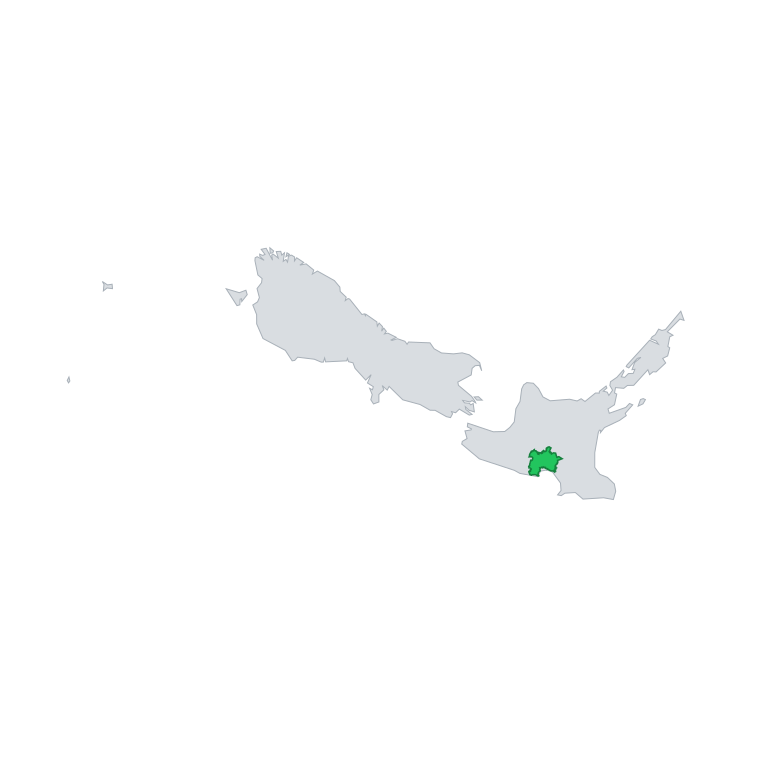 location of Hastings District, Hawke's Bay, New Zealand, rotated 76°
{"feature_id": "76426892B40769329119322", "entity_name": "Hastings District", "entity_type": "district", "adm_level": 2, "iso_a3": "NZL", "parent_name": "New Zealand", "parent_adm1": "Hawke's Bay", "projection": "robinson", "projection_center": [176.628, -39.374], "detail": "fine", "context": "in_parent", "style": "filled", "palette": "green", "viewbox_px": 768, "rotation_deg": 76, "n_neighbors": 0, "source": "geoboundaries", "source_scale": "gbopen_adm2", "svg_char_len": 8258}
<svg xmlns="http://www.w3.org/2000/svg" viewBox="0 0 768 768"><g transform="rotate(76 384 384)"><path d="M400.0,311.9L403.3,312.1L417.2,302.0L423.0,299.8L424.5,299.6L421.4,302.6L422.2,304.8L419.0,311.6L421.7,310.5L423.4,305.8L425.2,304.9L424.5,302.2L432.9,303.1L430.1,307.8L425.7,310.6L428.4,310.8L434.8,305.9L434.8,308.8L426.6,317.0L429.2,321.5L427.1,325.2L429.5,324.7L432.7,327.6L430.8,331.3L421.9,340.8L420.6,345.6L412.6,354.0L403.9,369.6L387.6,379.6L390.7,382.4L385.1,386.1L389.6,385.5L392.9,391.5L400.2,393.3L400.8,399.0L396.1,400.6L391.4,398.0L384.7,399.0L386.8,396.6L384.0,395.0L379.0,399.8L371.8,394.2L375.8,400.8L361.8,408.3L355.9,409.0L353.8,413.0L350.4,413.3L352.5,414.6L348.4,435.3L344.4,435.3L348.1,437.6L347.6,439.6L343.1,445.6L337.1,461.3L339.5,464.9L339.3,467.5L327.5,471.6L310.6,490.4L294.9,493.0L285.9,490.8L275.6,492.2L273.7,486.8L270.0,484.0L260.7,484.1L256.1,478.3L252.2,476.8L247.7,480.0L233.1,479.4L230.4,478.5L229.8,476.3L235.0,470.4L230.1,473.6L227.9,473.2L229.9,470.6L229.5,468.1L223.6,470.6L223.8,465.5L236.9,462.2L231.7,461.8L231.3,460.0L236.3,456.1L229.4,456.5L230.3,452.1L234.2,452.0L232.6,448.8L240.6,452.1L239.4,449.0L242.4,448.1L236.9,445.8L236.6,442.5L239.2,440.0L242.9,441.1L240.4,438.2L246.6,432.5L248.3,436.9L248.6,430.5L256.5,424.6L260.0,426.9L258.3,421.3L271.7,407.1L279.3,403.4L283.6,404.1L290.6,399.7L293.7,401.4L292.4,398.2L293.3,396.8L311.2,388.6L311.2,386.0L313.2,385.5L311.8,384.8L322.0,375.9L326.3,376.5L323.7,374.0L327.9,371.6L332.2,373.5L329.7,370.7L333.5,369.0L335.5,371.4L335.6,367.9L341.7,360.8L343.0,366.5L343.7,365.7L343.3,360.0L347.6,353.4L351.0,352.0L349.2,350.0L355.2,329.4L361.9,326.9L367.8,320.7L371.6,309.2L372.7,300.6L376.3,294.2L386.4,286.0L394.8,286.0L389.0,286.9L388.3,291.1L390.1,294.7L396.3,297.2L400.0,311.9ZM392.6,81.2L401.9,96.5L406.6,91.8L407.3,95.3L416.3,99.5L418.0,98.0L425.4,102.0L426.6,107.4L431.7,105.6L438.1,117.1L437.2,120.0L439.2,124.0L434.0,124.5L445.7,142.0L444.3,148.2L446.2,152.4L443.5,160.2L448.4,162.5L450.1,160.6L459.9,165.4L462.4,172.7L466.9,172.5L465.2,155.0L462.3,150.5L464.4,147.7L470.8,157.0L473.3,156.6L476.3,164.2L479.6,180.6L483.5,185.7L481.4,184.9L480.9,186.2L482.9,187.8L501.6,196.1L515.9,199.7L523.9,196.4L528.7,189.8L536.7,184.7L544.1,185.1L551.6,189.4L547.5,198.5L543.8,218.8L535.6,224.6L533.7,234.9L535.2,239.0L533.6,242.4L530.2,238.0L522.8,236.7L510.2,241.8L506.8,246.8L506.4,253.2L511.1,257.2L503.6,273.8L499.3,278.4L479.7,309.6L461.1,323.1L458.6,321.9L457.0,316.6L449.1,316.8L449.6,310.6L448.7,310.0L445.7,313.5L442.3,312.2L456.8,289.5L459.3,278.3L456.5,272.3L452.3,266.8L439.9,262.0L433.8,256.2L422.1,251.6L418.6,248.7L417.2,245.1L419.4,238.9L425.8,235.2L435.0,232.9L440.5,226.8L443.7,207.6L447.2,200.7L446.0,196.3L449.6,193.2L443.9,181.0L444.9,177.3L443.2,176.8L439.7,169.0L441.8,168.7L444.0,173.0L445.9,169.4L449.5,168.6L445.3,163.7L440.1,165.2L436.6,163.7L433.8,156.3L428.3,148.3L429.9,148.0L434.4,152.0L435.8,148.9L433.0,144.3L434.0,139.6L430.4,137.0L430.1,139.9L423.8,135.6L420.3,128.3L420.4,132.0L427.6,142.6L425.7,144.8L424.4,143.7L405.8,115.7L411.8,108.1L408.1,109.5L404.8,114.3L403.0,112.3L401.8,108.8L397.2,104.2L399.3,101.4L399.3,97.7L385.2,78.4L394.8,77.5L392.6,81.2ZM264.2,495.1L269.6,502.1L266.8,501.6L266.9,503.1L272.3,504.7L272.4,507.7L253.4,514.1L260.4,502.3L259.6,495.3L264.2,495.1ZM223.8,629.5L225.8,633.8L219.6,631.6L216.4,632.5L221.0,628.3L221.4,623.7L225.8,624.4L223.8,629.5ZM465.9,137.5L467.0,142.8L461.1,138.9L460.9,136.0L462.4,134.1L465.9,137.5ZM422.1,297.8L418.4,299.7L419.2,295.4L423.4,292.6L422.1,297.8ZM229.9,460.3L229.6,462.8L224.2,461.8L228.2,458.9L229.9,460.3ZM305.1,688.1L306.6,689.8L303.9,690.5L301.0,688.0L305.1,688.1ZM235.4,444.3L236.8,448.4L233.2,446.4L235.4,444.3Z" fill="#d9dde1" stroke="#a8b0b8" stroke-width="1"/><path d="M484.9,239.1L484.9,239.4L485.1,240.0L485.0,240.5L485.5,240.9L485.4,241.1L485.5,241.3L485.4,241.4L485.5,241.5L485.6,241.9L485.8,241.9L485.9,242.1L486.2,242.1L486.3,242.2L486.5,242.1L486.8,242.2L487.0,242.2L487.1,242.3L487.2,242.5L487.8,242.4L488.1,242.6L488.2,242.8L488.1,243.0L488.3,243.3L488.2,243.7L488.4,243.6L488.5,243.9L488.4,243.9L488.5,243.9L488.6,244.2L488.4,244.6L488.0,244.8L487.9,244.8L487.9,245.1L487.8,245.4L487.7,245.4L487.8,245.5L487.6,245.6L487.4,245.7L487.5,246.0L487.6,246.4L487.8,246.6L487.9,246.4L488.2,246.6L488.2,246.4L488.5,246.4L488.6,246.5L488.8,246.7L488.7,246.8L489.2,246.8L489.3,247.0L489.2,247.1L489.3,247.1L489.4,247.3L489.2,247.5L489.1,247.4L489.0,247.5L489.1,247.9L489.2,248.1L489.1,248.3L488.9,248.3L488.7,248.4L488.7,248.5L488.9,248.5L488.6,248.8L488.5,249.1L488.7,249.3L488.8,249.7L488.7,249.7L488.8,249.9L488.6,250.0L488.8,250.2L488.7,250.3L488.8,250.3L489.0,250.6L488.9,250.6L489.0,250.9L488.9,251.1L489.0,251.2L489.1,250.9L489.5,250.9L489.3,251.2L489.5,251.2L489.5,251.3L489.4,251.4L489.1,251.3L489.1,251.5L488.8,251.6L488.9,251.4L488.6,251.4L488.4,251.4L488.5,251.5L488.4,251.5L488.2,251.3L488.0,251.5L487.9,251.4L487.9,251.5L487.6,251.5L487.5,251.8L487.5,251.7L487.4,251.8L487.3,251.7L487.2,251.7L487.2,251.8L487.0,252.0L486.7,252.1L486.5,252.4L485.9,252.4L485.6,252.9L485.6,253.2L485.3,253.3L485.2,253.6L485.1,253.8L484.8,254.1L484.7,254.1L484.4,254.2L484.1,254.1L484.3,254.7L484.6,254.8L484.9,254.8L485.0,254.9L485.1,255.3L484.7,256.4L485.5,256.9L485.7,257.2L485.2,257.6L487.6,259.8L488.9,259.9L489.2,260.3L489.2,260.5L489.5,260.5L489.8,260.8L490.0,259.8L490.1,259.7L490.2,259.1L490.1,258.7L490.5,258.4L490.9,257.7L491.5,257.5L492.2,257.7L492.5,257.8L492.7,258.0L493.1,258.1L493.5,258.3L493.7,258.5L493.9,258.8L493.9,259.0L493.6,259.3L493.5,259.7L493.4,259.8L493.5,260.1L493.9,260.2L493.8,260.3L495.4,261.1L496.0,261.3L496.4,261.6L496.9,262.0L497.4,262.1L498.0,262.4L498.3,262.5L498.5,262.4L498.8,262.8L498.7,262.9L498.8,263.4L499.0,263.5L499.4,263.7L500.2,263.4L500.5,263.5L500.5,263.3L500.6,263.2L500.7,262.8L500.9,262.5L501.7,261.8L501.8,261.8L502.0,262.2L502.1,262.3L502.3,262.2L502.5,261.8L502.8,262.0L502.9,262.3L502.9,262.5L503.0,262.6L502.8,263.0L503.0,263.2L503.4,263.4L503.6,263.1L504.1,263.1L503.9,264.6L505.4,264.7L505.7,264.2L507.1,264.4L507.5,263.9L507.5,263.7L507.8,263.2L508.2,263.0L508.2,262.8L508.0,262.5L507.9,261.9L507.9,261.5L508.0,261.1L508.3,260.6L508.2,260.3L508.5,259.2L509.2,258.2L510.2,257.2L510.3,256.9L510.4,256.7L510.7,256.2L510.2,255.9L509.8,256.2L509.6,256.2L509.0,256.4L508.5,256.3L508.3,256.1L508.1,256.1L507.7,255.8L507.1,255.5L506.8,255.0L506.0,253.4L505.7,253.4L505.1,253.7L504.9,253.7L504.5,253.6L504.3,253.1L504.1,253.0L503.6,253.0L503.2,253.2L502.9,253.2L503.3,252.2L503.2,251.7L502.9,251.6L502.8,251.4L502.8,251.2L503.3,250.9L503.1,250.8L503.1,250.7L503.5,250.5L503.2,250.0L503.2,249.9L503.6,249.6L503.5,249.3L503.5,249.5L503.3,249.5L503.4,249.3L503.3,249.2L503.8,249.0L503.9,248.7L503.7,248.5L503.8,248.4L503.9,248.5L504.0,248.4L504.0,248.2L503.9,248.0L504.0,247.6L504.3,247.7L504.7,247.7L504.7,247.9L504.9,247.8L505.3,246.7L505.8,245.8L506.1,245.6L506.3,245.8L506.3,245.7L506.8,245.1L507.1,244.9L507.4,244.4L507.8,244.2L508.0,243.7L508.4,243.4L508.5,243.2L508.7,242.6L509.0,242.3L509.1,242.1L509.0,241.8L509.1,241.7L509.1,241.4L509.2,241.0L509.5,240.7L510.5,240.0L510.3,239.9L510.5,239.8L510.5,239.5L510.3,239.6L510.3,239.3L510.1,239.5L510.0,239.3L509.9,239.2L509.9,239.4L509.7,239.4L509.6,239.6L509.2,239.3L509.3,239.5L509.2,239.6L508.9,239.6L509.0,239.3L508.8,239.2L508.7,239.4L508.7,239.2L508.6,238.9L508.2,238.6L507.9,238.6L508.0,238.4L507.8,238.3L507.8,238.2L507.6,238.2L507.4,237.8L507.4,237.7L507.2,237.7L507.3,237.6L507.0,237.6L507.0,237.4L506.9,237.4L506.9,237.2L506.7,237.4L506.3,237.6L506.2,237.5L506.1,237.8L506.0,237.7L505.8,237.8L505.4,237.9L505.2,237.8L505.2,237.6L504.9,237.6L504.6,237.5L504.6,237.3L504.4,236.9L503.7,236.5L503.6,236.2L503.6,235.8L503.6,235.7L503.2,235.7L503.1,235.2L503.0,234.9L502.6,234.9L502.4,235.0L502.3,234.8L501.8,234.5L501.8,234.2L500.1,234.1L500.0,232.2L499.6,229.2L496.8,231.9L496.8,232.8L496.9,233.0L496.8,233.3L496.9,233.5L497.0,233.5L497.2,233.8L497.1,234.0L495.2,234.1L495.4,234.2L492.6,234.2L491.8,236.3L492.4,238.3L491.7,238.1L490.4,238.7L490.5,238.8L490.9,238.9L490.9,239.0L490.9,239.3L491.1,239.3L491.0,239.5L489.6,240.1L486.5,237.5L486.3,238.0L486.2,237.9L485.8,238.2L485.2,238.5L484.9,239.1Z" fill="#22c55e" stroke="#15803d" stroke-width="1.5"/></g></svg>